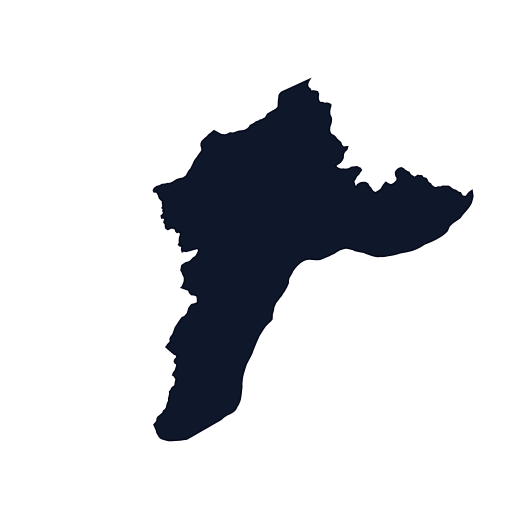 the district of Brejinho de Nazaré, Tocantins, Brazil, rotated 44°
{"feature_id": "56859067B48174787205843", "entity_name": "Brejinho de Nazaré", "entity_type": "district", "adm_level": 2, "iso_a3": "BRA", "parent_name": "Brazil", "parent_adm1": "Tocantins", "projection": "natural_earth1", "projection_center": [-48.621, -11.067], "detail": "fine", "context": "isolated", "style": "filled", "palette": "ink", "viewbox_px": 512, "rotation_deg": 44, "n_neighbors": 0, "source": "geoboundaries", "source_scale": "gbopen_adm2", "svg_char_len": 5647}
<svg xmlns="http://www.w3.org/2000/svg" viewBox="0 0 512 512"><g transform="rotate(44 256 256)"><path d="M299.7,448.1L305.2,450.4L307.6,451.9L312.4,453.2L314.7,453.0L318.3,451.2L321.4,449.4L323.5,447.3L329.7,440.5L330.9,438.8L333.4,435.7L344.3,398.0L344.5,394.7L345.5,390.2L346.5,387.9L347.6,384.2L347.8,382.3L347.7,380.3L346.7,377.2L346.4,375.3L345.0,371.7L344.0,369.8L341.1,365.7L337.8,361.5L336.3,359.6L334.6,358.1L333.3,356.4L331.8,354.6L330.3,352.5L328.6,349.7L325.3,343.3L324.0,340.5L322.2,334.6L321.7,332.6L320.4,328.6L319.1,325.9L315.7,317.4L313.5,311.4L311.7,302.8L311.2,299.3L311.3,297.4L311.2,295.6L311.5,293.1L311.3,290.3L308.2,286.9L305.8,282.6L304.4,280.7L303.6,278.8L302.6,276.1L301.7,268.8L301.7,267.0L300.9,263.9L300.6,261.5L299.9,259.1L299.4,257.0L297.9,253.0L296.1,251.2L294.7,248.7L293.6,244.1L292.7,241.3L292.2,238.0L292.0,234.5L292.3,229.8L293.1,226.5L294.2,224.0L296.1,221.4L302.3,216.2L304.4,213.8L305.7,210.9L306.8,208.2L308.0,205.6L309.3,201.9L310.2,199.9L310.6,197.6L311.7,193.5L314.2,188.9L315.6,187.3L319.1,185.1L321.5,183.8L323.5,183.2L327.2,180.9L329.9,179.1L331.3,178.2L332.9,177.7L338.4,175.2L340.5,174.1L342.6,172.8L344.1,171.6L345.7,169.8L347.8,167.8L349.4,165.8L350.3,164.4L351.5,162.9L353.7,159.9L356.0,156.2L357.1,154.1L358.6,151.9L361.4,148.0L364.2,143.6L366.3,139.1L367.8,134.7L368.4,132.2L368.9,130.1L370.1,127.5L371.0,125.5L371.9,123.3L372.6,121.5L373.4,119.3L374.1,116.8L374.7,114.9L375.5,111.7L376.0,107.4L376.0,105.2L375.0,102.4L374.2,100.5L374.2,98.6L374.4,95.1L375.7,88.9L376.1,86.5L375.7,84.1L375.5,82.2L375.3,77.2L375.1,74.9L374.9,73.0L374.5,70.7L373.9,68.5L372.9,66.5L371.8,64.5L370.4,62.3L365.9,58.8L365.4,61.2L365.3,63.2L365.8,67.4L364.5,68.5L363.0,69.6L360.8,69.1L359.1,68.5L357.8,69.5L355.8,69.8L353.8,70.2L352.1,71.2L349.5,71.7L347.6,71.8L345.9,72.3L344.0,74.2L341.9,76.1L341.1,78.1L339.2,79.8L338.2,81.8L336.8,82.9L335.2,83.2L333.2,83.4L331.4,82.9L329.6,83.4L327.5,83.2L326.1,82.4L324.3,82.2L321.9,83.7L319.5,83.2L318.1,84.5L316.3,85.8L316.1,87.5L315.6,89.3L312.8,90.0L310.7,90.4L307.9,89.6L305.9,90.4L303.7,90.9L301.4,90.9L299.3,91.6L298.3,93.2L297.8,95.2L297.8,97.1L298.3,98.9L301.0,101.1L303.2,101.5L305.1,103.8L304.9,108.2L303.7,111.2L300.7,112.4L298.2,112.8L298.5,116.3L298.9,118.5L299.6,120.4L299.3,123.3L298.1,127.5L295.7,128.4L293.2,128.1L291.4,127.5L289.0,127.5L286.2,126.5L283.6,127.2L282.4,128.4L281.0,129.9L280.2,131.4L279.5,134.2L280.3,136.9L278.1,136.9L276.2,135.5L274.4,134.7L273.5,130.9L272.8,128.6L272.9,125.8L272.4,123.6L272.1,121.0L270.1,120.5L268.2,121.3L266.7,121.6L264.6,124.2L263.1,125.9L262.4,128.7L261.3,130.2L260.1,131.7L258.4,132.9L256.8,134.8L253.2,136.2L250.5,136.1L250.7,133.6L251.5,130.4L251.3,127.4L250.5,125.0L248.2,122.3L247.4,120.6L247.1,118.6L247.3,116.3L246.0,113.8L244.5,115.6L243.5,116.9L241.3,117.0L239.9,116.6L238.0,115.6L235.0,115.8L232.7,115.8L230.3,115.4L228.1,115.5L225.6,116.4L222.6,115.4L221.1,114.2L219.2,111.9L218.3,110.0L217.3,107.9L215.9,106.1L214.8,104.9L213.3,104.0L210.9,103.2L208.4,100.9L207.0,98.9L205.0,95.4L203.5,95.4L201.0,96.7L199.2,98.8L197.3,99.4L196.2,100.7L194.5,101.2L192.5,100.4L190.5,98.9L188.3,96.0L186.0,95.2L183.9,96.5L182.4,97.6L181.0,99.5L179.1,98.3L177.3,98.5L175.6,98.2L174.0,97.1L172.4,94.1L171.9,91.6L170.0,96.4L168.9,99.2L168.0,101.6L160.6,120.5L160.7,123.0L161.2,124.6L162.5,126.1L163.9,128.1L165.7,130.2L167.3,131.9L168.5,133.4L168.6,136.3L167.4,140.3L165.8,145.9L166.4,148.1L166.9,150.1L166.2,152.0L165.7,153.9L164.6,155.4L164.2,157.3L163.0,159.4L162.7,161.9L161.3,166.1L161.8,167.9L161.7,170.1L161.3,171.9L160.6,173.7L159.3,175.5L157.0,178.3L155.7,180.9L154.8,182.7L153.6,184.4L152.2,185.1L151.4,186.8L150.7,188.9L149.7,190.5L146.7,192.9L138.7,195.1L138.5,198.0L137.9,201.8L138.1,203.6L137.9,205.5L137.7,207.5L137.6,211.0L138.5,213.3L139.9,214.7L142.5,216.2L144.0,217.8L144.4,220.5L144.6,222.5L145.3,226.1L145.5,228.6L146.1,231.1L147.2,234.0L148.0,236.6L148.7,238.8L148.7,241.0L150.3,247.0L149.5,250.7L147.7,253.2L146.1,256.1L145.5,258.4L145.0,260.8L143.7,263.8L142.1,265.4L140.6,267.8L138.8,269.8L138.0,272.4L136.4,275.1L135.9,278.0L136.7,280.2L138.2,280.7L140.1,278.8L142.1,279.5L144.0,280.0L145.7,281.2L148.2,281.6L150.2,281.3L152.3,283.1L154.7,284.9L155.0,286.6L157.1,286.3L157.6,288.3L159.3,288.5L160.2,290.8L159.9,292.9L161.8,294.2L163.0,292.8L164.7,292.2L166.3,295.7L168.7,296.0L170.4,297.7L171.9,298.6L174.2,298.2L175.3,294.9L177.5,293.1L179.4,292.7L181.0,293.8L182.8,293.9L183.8,292.2L185.7,291.9L187.3,293.5L188.1,295.6L190.5,298.5L191.9,299.6L192.4,301.6L194.3,301.6L196.0,300.3L198.1,303.1L200.0,304.2L200.5,302.5L202.3,301.5L203.4,299.8L204.6,297.8L207.0,293.7L208.4,291.4L210.3,291.1L211.5,292.7L212.3,295.1L213.1,298.5L212.3,300.6L212.4,303.6L212.3,305.8L211.4,307.9L210.4,309.4L209.8,311.7L209.3,314.3L211.0,316.9L212.0,318.4L213.7,318.7L216.6,320.1L219.2,321.0L220.5,322.1L222.2,324.1L224.2,328.9L224.2,330.6L228.9,328.4L231.3,327.3L233.7,328.5L236.4,328.6L238.4,326.9L241.0,325.7L243.0,326.8L246.4,330.1L245.4,332.7L243.5,335.7L243.9,339.7L245.1,342.1L246.6,345.1L246.8,349.2L245.7,351.7L246.2,355.4L247.8,363.8L248.6,365.3L251.0,370.8L250.9,372.6L251.7,375.2L254.0,377.0L254.0,380.3L254.5,384.0L262.6,383.6L265.6,383.3L267.2,382.5L269.6,383.5L269.6,386.8L270.5,388.6L272.2,389.2L274.0,388.5L275.4,390.1L277.5,394.4L277.8,397.2L278.8,399.5L280.6,399.1L284.2,400.1L285.4,402.2L287.9,405.7L287.4,407.5L287.2,409.6L288.0,411.2L288.2,413.8L289.6,414.8L290.9,416.9L292.3,419.3L294.0,420.9L294.7,423.4L295.9,425.4L297.1,427.4L297.5,429.7L297.2,431.8L298.1,433.7L297.7,437.8L297.4,439.6L297.9,441.7L299.3,443.3L299.8,445.9L299.7,448.1Z" fill="#0f172a" stroke="#020617" stroke-width="1.5"/></g></svg>